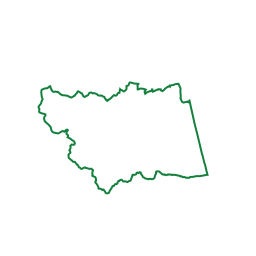 the district of Le Thuy, Quảng Bình, Vietnam, rotated 38°
{"feature_id": "81297802B23145234920875", "entity_name": "Le Thuy", "entity_type": "district", "adm_level": 2, "iso_a3": "VNM", "parent_name": "Vietnam", "parent_adm1": "Quảng Bình", "projection": "orthographic", "projection_center": [106.715, 17.125], "detail": "fine", "context": "isolated", "style": "outline", "palette": "green", "viewbox_px": 256, "rotation_deg": 38, "n_neighbors": 0, "source": "geoboundaries", "source_scale": "gbopen_adm2", "svg_char_len": 5826}
<svg xmlns="http://www.w3.org/2000/svg" viewBox="0 0 256 256"><g transform="rotate(38 128 128)"><path d="M129.2,187.6L130.3,187.4L131.1,187.3L131.9,186.9L132.4,186.9L133.5,187.3L135.4,189.3L135.2,190.2L135.8,191.0L136.0,191.1L137.3,191.3L138.6,191.6L141.1,192.9L142.1,193.9L142.3,193.9L143.8,192.7L144.6,192.6L145.3,192.7L145.6,192.6L145.9,192.7L146.4,191.7L146.6,191.5L148.1,192.0L149.2,192.2L150.1,192.8L150.6,192.9L151.0,192.8L151.7,192.4L152.4,191.7L152.8,191.0L152.7,190.2L152.3,188.7L152.1,187.2L152.2,186.1L152.0,185.4L151.9,184.7L151.7,184.1L151.7,183.4L151.8,183.0L152.5,182.3L152.4,180.7L152.5,180.1L153.4,179.4L153.8,178.4L153.8,178.2L153.3,177.5L153.2,177.1L153.1,175.9L153.2,175.7L153.5,175.6L153.7,175.4L153.8,175.2L153.6,174.5L153.7,174.3L154.4,173.1L154.7,172.8L155.1,172.7L155.4,172.7L156.1,172.9L157.1,173.0L157.8,172.7L158.2,172.0L158.6,171.8L159.6,171.3L160.7,171.1L161.0,170.8L161.3,169.5L161.8,168.8L162.4,167.8L161.1,163.9L161.1,163.2L160.5,162.6L160.6,161.8L161.1,161.6L161.6,161.3L162.4,160.3L162.9,159.4L162.5,158.1L162.7,157.5L163.0,157.2L163.5,157.2L164.0,157.1L164.4,155.7L165.6,155.3L166.3,156.1L168.8,156.8L169.7,157.3L170.2,157.5L171.1,157.2L172.8,157.1L175.3,155.8L175.7,155.8L176.3,154.8L177.2,154.1L177.8,154.0L178.5,153.4L179.2,152.7L179.4,151.8L179.5,150.8L178.6,148.9L178.2,146.7L178.1,146.4L177.6,146.2L177.2,145.6L177.2,145.0L177.2,144.7L177.7,144.2L178.8,143.4L179.7,143.0L179.9,143.0L180.7,143.3L182.0,143.2L182.8,143.4L183.2,143.3L183.8,143.1L184.2,143.2L184.5,143.0L185.2,142.6L185.2,142.3L185.4,142.1L185.5,142.0L186.7,141.8L187.3,141.6L187.5,141.3L187.5,141.0L187.9,140.2L188.6,139.9L188.8,139.4L189.2,139.1L190.1,138.6L190.6,138.5L191.2,137.8L191.7,137.8L192.0,137.4L192.4,137.2L192.9,136.6L194.2,135.9L194.5,135.5L195.2,135.4L196.9,134.5L198.2,133.8L198.5,133.8L198.8,134.0L199.6,133.5L200.1,133.0L201.2,133.0L201.6,132.9L202.8,131.8L203.5,131.6L204.2,131.6L204.7,131.2L205.0,131.1L205.6,130.4L206.9,129.6L207.0,129.4L207.0,128.8L207.5,128.0L209.4,126.4L209.8,125.9L210.5,125.0L210.8,124.6L211.0,124.4L211.3,124.0L214.2,121.7L216.6,119.1L218.5,116.8L219.5,116.0L217.8,114.6L216.6,113.8L212.0,110.0L210.2,108.8L209.4,108.3L204.9,104.7L201.8,102.5L186.5,90.3L178.1,83.8L159.6,68.6L159.5,69.0L160.0,70.2L160.0,70.4L159.8,70.5L159.6,70.7L159.0,70.8L158.5,70.7L158.4,70.8L157.7,71.9L157.3,72.1L156.2,73.7L155.0,74.1L154.1,73.9L152.5,73.1L152.0,72.6L150.9,72.2L150.3,70.8L146.8,67.0L145.4,64.9L144.6,64.2L140.5,62.1L138.0,64.7L137.5,65.8L137.0,66.5L136.2,67.3L135.5,68.3L134.9,68.6L135.5,69.6L134.8,69.6L134.6,69.8L134.5,70.1L134.4,70.6L134.1,71.0L133.9,71.1L133.3,73.1L132.8,76.4L132.5,77.7L130.6,78.1L130.0,77.4L128.1,78.7L128.2,79.1L127.3,80.0L126.4,81.9L125.2,83.8L125.2,84.1L124.7,84.1L124.4,83.9L123.9,83.0L123.5,82.6L123.1,82.9L124.0,84.2L122.7,85.3L120.9,88.5L120.5,90.4L119.6,89.9L118.5,88.9L118.7,88.1L118.4,86.8L116.1,87.6L114.8,88.4L114.0,88.8L113.1,89.8L112.0,91.7L111.8,91.7L111.7,91.6L111.3,90.8L109.3,88.6L109.1,87.9L109.1,87.0L109.0,86.8L105.6,89.1L102.3,90.4L101.3,91.1L101.3,91.5L102.0,93.4L102.0,93.6L101.8,94.7L101.0,95.9L102.4,97.6L102.9,98.6L102.7,100.5L102.4,101.4L102.0,101.9L101.3,102.0L100.7,101.9L99.5,102.0L98.8,102.5L98.6,102.5L97.9,102.3L98.7,104.1L99.3,104.9L99.6,105.6L98.7,106.6L98.6,107.3L98.9,108.6L98.8,109.6L98.2,110.2L97.1,110.6L96.8,110.6L96.3,112.8L96.3,114.7L95.9,115.3L96.0,115.8L95.9,116.6L95.7,117.0L95.0,117.7L95.0,118.0L95.2,118.5L95.0,119.3L94.7,119.3L94.4,119.5L94.1,119.5L93.8,119.2L92.8,119.2L92.2,118.8L91.4,118.8L90.5,118.2L90.2,118.1L89.9,118.1L88.6,118.7L88.0,118.6L87.2,118.6L86.6,119.3L85.3,120.2L84.7,120.5L84.0,120.7L83.0,120.5L82.4,120.5L81.8,120.7L79.6,121.5L79.4,121.9L79.2,122.2L78.7,122.5L77.3,122.6L76.0,123.9L76.0,124.7L76.3,126.6L76.1,127.3L75.4,128.4L75.1,129.3L75.0,129.8L74.7,130.2L74.0,130.3L73.6,130.6L73.3,130.5L70.8,129.3L70.2,129.1L69.5,129.5L69.3,129.5L68.4,129.4L66.1,129.8L65.9,130.4L65.9,130.9L66.2,131.8L66.2,132.0L66.2,132.4L66.0,133.1L66.1,134.4L66.1,135.4L66.0,135.6L65.7,135.8L65.6,136.7L64.6,138.9L63.9,139.2L63.1,139.2L62.5,139.6L61.1,139.7L59.8,140.2L58.3,141.1L57.6,141.5L56.1,142.6L55.6,142.6L55.0,142.9L54.2,142.8L53.4,142.9L50.8,142.7L50.4,142.7L50.0,143.3L49.7,143.4L48.3,144.0L47.3,145.3L46.0,145.5L45.4,145.5L44.8,145.4L44.1,144.7L43.7,144.6L42.9,144.5L42.5,144.2L41.6,143.3L40.9,143.0L40.3,144.4L39.9,146.4L38.7,147.4L37.9,148.4L36.6,150.6L36.5,151.2L36.8,151.9L37.7,153.3L40.5,156.2L43.1,158.0L43.2,158.4L43.3,159.7L44.2,161.8L44.4,162.5L44.3,165.9L45.0,166.9L46.5,167.6L47.7,169.6L48.2,170.1L48.9,170.1L51.7,169.3L53.5,168.3L54.7,168.2L54.9,168.4L55.2,169.1L55.3,170.6L55.6,171.5L56.1,172.4L57.5,173.3L58.0,173.8L58.8,174.0L59.8,174.0L60.4,174.2L63.1,174.2L64.4,174.5L65.7,174.6L67.6,175.6L68.6,176.7L69.1,177.0L69.8,177.3L71.5,177.6L73.8,176.6L76.3,175.3L77.0,173.8L78.3,170.6L80.1,170.1L80.5,167.4L81.1,166.8L81.4,166.6L82.0,166.8L82.0,168.9L82.4,169.5L82.9,170.3L83.0,170.4L83.6,170.4L83.9,170.6L85.3,170.8L85.8,171.4L86.0,171.7L86.1,172.5L88.1,172.1L89.7,171.9L91.5,172.0L92.9,171.7L93.4,171.8L94.1,172.0L95.4,172.6L95.7,173.1L95.8,173.5L95.8,174.4L95.6,174.6L93.7,175.8L93.7,176.4L93.6,177.7L94.6,178.4L94.7,178.7L95.2,179.7L95.5,180.5L95.5,181.6L95.6,181.8L95.9,181.9L96.5,181.9L96.7,182.0L97.1,182.4L97.4,182.5L97.6,182.6L97.8,182.9L97.6,184.8L97.6,185.7L98.9,187.3L99.9,188.1L101.3,188.1L102.8,188.2L103.7,188.1L104.4,188.2L105.0,188.4L105.4,188.4L105.8,188.3L106.1,188.1L106.7,187.5L107.0,187.4L108.5,187.9L110.4,188.1L110.7,188.3L111.1,188.3L111.4,188.1L112.1,188.4L113.2,189.1L113.6,189.1L114.5,188.9L116.4,189.0L116.9,188.4L118.0,185.9L118.6,185.4L119.2,185.5L120.6,184.8L122.6,184.0L123.1,183.7L124.3,182.6L125.9,182.9L126.4,182.8L126.7,183.1L126.8,183.9L127.4,185.2L127.7,185.7L128.6,186.3L128.9,186.6L129.2,187.6Z" fill="none" stroke="#15803d" stroke-width="2"/></g></svg>